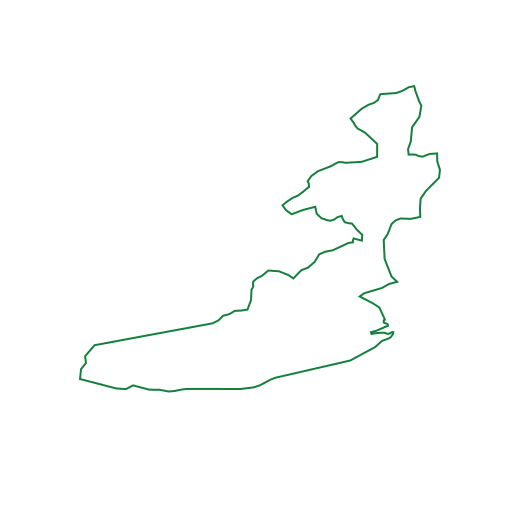 Ampāra, Natural Earth projection, rotated 76°
{"feature_id": "LKA-2451", "entity_name": "Ampāra", "entity_type": "District", "adm_level": 1, "iso_a3": "LKA", "parent_name": "Sri Lanka", "parent_adm1": "", "projection": "natural_earth1", "projection_center": [81.481, 7.125], "detail": "fine", "context": "isolated", "style": "outline", "palette": "green", "viewbox_px": 512, "rotation_deg": 76, "n_neighbors": 0, "source": "natural_earth", "source_scale": "10m", "svg_char_len": 2140}
<svg xmlns="http://www.w3.org/2000/svg" viewBox="0 0 512 512"><g transform="rotate(76 256 256)"><path d="M349.0,146.3L349.3,147.6L351.6,148.1L353.8,144.8L355.6,144.8L357.7,157.9L357.7,162.8L359.6,162.8L359.6,162.7L359.9,158.1L360.6,153.6L361.7,149.7L363.5,147.0L363.5,144.8L363.3,144.2L362.7,142.2L363.2,141.2L364.8,141.9L367.3,144.8L368.2,147.3L368.8,154.2L373.1,162.2L380.2,189.9L378.8,266.7L379.5,271.9L382.4,283.4L382.9,290.2L381.3,303.2L368.3,355.0L367.6,360.3L367.3,367.4L366.4,373.3L362.3,382.4L361.4,386.4L359.8,392.0L354.4,401.9L351.8,406.5L353.7,414.4L350.6,423.9L332.8,456.5L330.3,455.6L323.4,453.1L318.7,446.9L315.1,446.4L311.9,446.1L303.5,434.2L310.8,314.4L309.4,308.0L306.0,302.4L306.0,296.1L304.1,289.8L305.4,283.4L305.9,277.2L297.6,271.5L287.6,268.5L286.1,267.0L284.4,265.8L282.3,265.8L280.0,264.7L277.8,260.2L276.7,255.1L273.1,247.5L276.4,237.4L282.2,229.3L286.8,225.2L280.7,215.4L279.9,208.4L275.9,200.5L269.7,194.3L268.6,188.0L269.0,180.2L265.7,163.0L266.2,158.6L264.3,158.2L262.6,157.0L266.7,149.6L261.2,147.8L254.2,152.2L250.8,153.5L247.7,155.1L246.6,158.2L244.7,161.7L240.8,162.9L237.9,163.1L238.0,167.4L239.5,171.2L239.8,175.1L238.6,178.3L236.6,181.0L235.3,183.3L229.6,186.9L222.6,186.6L222.7,199.1L224.1,211.3L218.9,215.7L213.2,218.0L210.7,212.7L208.5,206.4L207.5,200.5L205.0,194.6L203.1,190.8L201.9,187.9L198.5,187.2L196.0,187.8L191.8,183.0L188.7,175.4L186.9,161.0L185.7,157.0L184.9,153.0L185.7,150.0L187.2,146.7L190.2,130.8L189.1,114.5L176.6,111.3L162.8,120.3L156.8,126.6L153.4,128.2L150.6,128.9L145.5,131.0L138.6,117.7L136.4,109.8L136.0,104.5L134.1,99.9L129.9,96.9L129.1,96.0L131.8,80.5L131.2,74.3L129.2,66.9L129.4,61.4L134.7,61.4L145.2,60.3L150.3,59.2L160.5,63.8L168.9,73.4L182.5,78.2L189.1,82.6L194.6,83.4L195.2,80.0L196.5,76.2L198.4,74.0L199.9,70.5L199.0,62.8L200.3,55.5L207.9,57.2L217.0,56.7L224.4,59.5L234.1,75.5L240.3,82.4L248.9,85.2L257.8,87.2L257.4,97.0L254.6,106.4L255.2,111.9L257.8,116.8L266.6,122.9L271.4,128.2L289.8,131.9L308.6,129.5L315.2,125.3L315.3,133.5L317.5,141.5L318.3,160.0L320.4,165.2L330.2,154.0L335.9,148.7L343.6,147.3L349.0,146.3Z" fill="none" stroke="#15803d" stroke-width="2"/></g></svg>